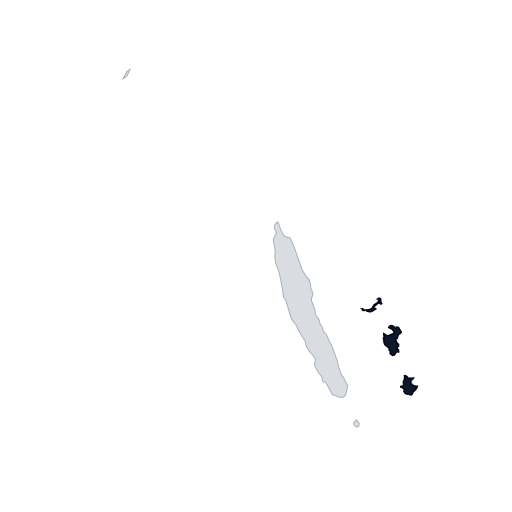 where Îles Loyauté sits in New Caledonia, rotated 31°
{"feature_id": "NCL-1258", "entity_name": "Îles Loyauté", "entity_type": "Province", "adm_level": 1, "iso_a3": "NCL", "parent_name": "New Caledonia", "parent_adm1": "", "projection": "mercator", "projection_center": [167.211, -21.021], "detail": "fine", "context": "in_parent", "style": "filled", "palette": "ink", "viewbox_px": 512, "rotation_deg": 31, "n_neighbors": 0, "source": "natural_earth", "source_scale": "10m", "svg_char_len": 4302}
<svg xmlns="http://www.w3.org/2000/svg" viewBox="0 0 512 512"><g transform="rotate(31 256 256)"><path d="M264.3,221.1L270.0,224.5L276.0,223.0L283.6,228.3L303.0,244.4L309.9,247.8L313.9,249.1L316.9,251.7L319.6,255.4L323.3,258.0L324.9,260.4L325.3,263.7L326.7,265.8L333.4,271.1L337.4,275.8L343.0,278.2L345.5,281.0L348.6,282.3L351.8,285.2L357.2,287.4L369.5,295.7L379.0,303.5L383.8,308.4L388.9,312.7L395.4,316.2L401.5,320.1L404.6,329.4L402.9,332.7L399.4,334.4L396.1,334.5L393.1,335.6L382.9,329.6L380.5,328.7L377.8,329.1L376.3,327.8L375.2,325.9L369.0,323.6L363.2,320.1L361.5,317.7L360.5,314.7L359.1,312.9L351.0,310.3L345.5,307.4L341.5,303.3L335.3,300.4L325.7,294.5L320.7,292.6L316.4,289.7L304.8,279.0L300.6,277.0L297.0,272.3L287.0,261.0L282.2,256.4L277.0,252.3L272.9,247.5L269.9,241.8L262.7,233.6L261.8,230.1L262.1,226.6L260.4,224.3L257.4,222.8L256.1,220.4L256.2,217.2L257.2,215.5L264.3,221.1ZM424.5,270.1L421.7,270.5L418.1,266.6L411.1,264.7L408.0,261.3L406.0,257.3L410.0,256.3L413.9,250.9L411.2,248.9L406.7,248.6L407.2,246.5L414.6,244.0L417.9,245.4L419.3,247.1L419.1,255.6L422.5,258.3L426.0,264.4L426.0,266.1L424.5,270.1ZM455.0,284.5L457.4,285.5L461.4,285.4L460.5,294.5L454.8,296.0L452.8,295.9L451.5,294.0L448.3,292.7L448.4,289.6L445.2,282.5L450.8,281.5L453.9,279.6L453.7,281.3L454.2,283.3L455.0,284.5ZM381.7,245.3L379.0,245.8L382.3,240.9L382.4,237.9L383.6,232.0L383.5,230.0L385.6,230.3L387.9,232.0L385.3,233.5L384.4,236.0L384.5,239.2L385.5,239.8L383.8,243.3L381.7,245.3ZM431.7,349.0L430.1,351.1L428.1,350.6L426.6,349.9L425.5,348.7L426.6,344.6L430.9,346.6L431.7,349.0ZM51.5,171.4L50.7,172.5L50.3,164.1L51.9,160.9L52.6,167.5L51.5,171.4Z" fill="#d9dde1" stroke="#a8b0b8" stroke-width="1"/><path d="M426.1,262.9L426.7,263.4L427.4,264.2L427.7,264.9L426.0,265.5L425.7,266.2L425.7,268.3L425.6,269.4L425.3,270.0L424.7,270.5L424.0,271.0L423.1,270.7L422.0,270.7L421.0,270.3L420.6,268.7L420.2,268.4L419.4,268.3L418.5,268.1L418.2,267.6L418.1,266.7L417.8,266.4L413.2,265.9L411.7,265.4L410.4,264.2L409.2,262.9L409.1,262.6L409.0,262.1L408.8,261.7L407.8,261.3L407.5,260.7L407.5,260.0L407.8,259.3L405.8,257.4L405.5,256.7L408.5,257.0L409.6,256.7L410.5,256.2L411.1,255.6L412.0,254.1L413.5,252.3L414.0,251.3L413.7,250.1L413.1,249.7L410.4,248.6L406.6,249.0L406.5,248.5L406.8,247.4L407.4,246.2L408.4,245.7L410.1,245.4L410.4,245.5L410.8,245.8L411.1,246.0L411.6,246.1L412.1,246.1L412.6,245.9L413.0,245.5L413.3,245.0L413.3,244.4L415.1,243.9L418.8,246.0L419.5,246.1L419.8,247.0L419.5,248.0L418.8,248.9L418.5,249.9L418.5,250.5L418.8,251.9L419.5,253.4L419.3,254.1L418.6,255.1L418.5,255.8L418.7,256.2L419.1,256.4L419.6,256.6L420.0,256.9L420.6,257.4L421.0,257.7L422.3,258.1L422.9,258.2L423.3,258.2L423.7,258.3L424.0,258.9L424.2,259.2L424.5,259.7L424.7,260.0L424.1,260.9L424.0,261.4L424.0,261.9L424.4,262.5L424.9,262.7L425.5,262.8L426.1,262.9ZM461.4,284.6L461.7,285.8L461.7,287.7L461.3,289.8L460.7,291.3L460.9,293.8L460.8,294.9L460.2,295.4L459.6,295.5L457.7,296.0L456.3,296.8L454.1,296.7L452.4,295.8L452.5,294.3L451.4,293.8L450.1,293.5L448.8,293.4L447.7,293.9L447.5,293.7L447.4,293.6L447.4,293.4L447.3,293.1L447.8,292.8L448.5,292.2L448.9,291.5L449.1,290.6L448.8,290.1L447.7,288.9L447.3,288.4L447.0,287.4L446.9,286.0L446.7,285.0L446.3,284.1L444.9,282.1L445.6,281.7L446.3,281.5L446.9,281.6L447.7,281.7L448.9,282.3L449.7,282.5L450.6,281.8L453.9,279.5L454.0,280.2L453.1,281.6L452.8,282.6L453.1,283.5L453.7,284.5L454.3,285.3L454.9,285.8L456.4,286.1L458.2,285.9L460.0,285.4L461.4,284.6ZM386.2,230.7L386.8,231.1L388.1,231.8L388.3,232.1L388.1,232.7L387.5,232.9L386.1,232.9L385.4,233.0L384.9,233.5L384.7,234.0L384.6,234.5L384.4,234.7L383.7,236.7L383.3,237.3L383.3,238.1L383.5,239.6L383.8,240.0L384.4,240.0L385.9,239.8L384.0,243.5L383.1,244.6L382.4,245.1L381.2,245.6L380.0,246.0L379.1,246.1L378.7,245.7L378.4,245.3L379.1,245.0L379.8,244.5L381.1,243.2L381.9,242.0L382.3,241.3L382.4,240.4L382.4,237.1L382.6,236.4L383.2,235.6L383.8,234.6L384.3,233.4L384.6,232.5L384.3,231.4L383.4,230.1L382.9,229.6L382.7,229.7L382.4,229.9L382.6,229.4L383.1,228.9L383.9,228.6L384.6,228.4L385.2,228.8L385.6,229.4L385.9,230.1L386.2,230.7ZM375.6,246.4L376.0,246.4L377.3,246.4L377.0,246.9L376.5,247.2L375.3,247.5L375.0,247.3L374.7,247.1L374.4,246.9L373.9,246.8L374.3,246.5L374.7,246.4L375.1,246.4L375.6,246.4Z" fill="#0f172a" stroke="#020617" stroke-width="1.5"/></g></svg>